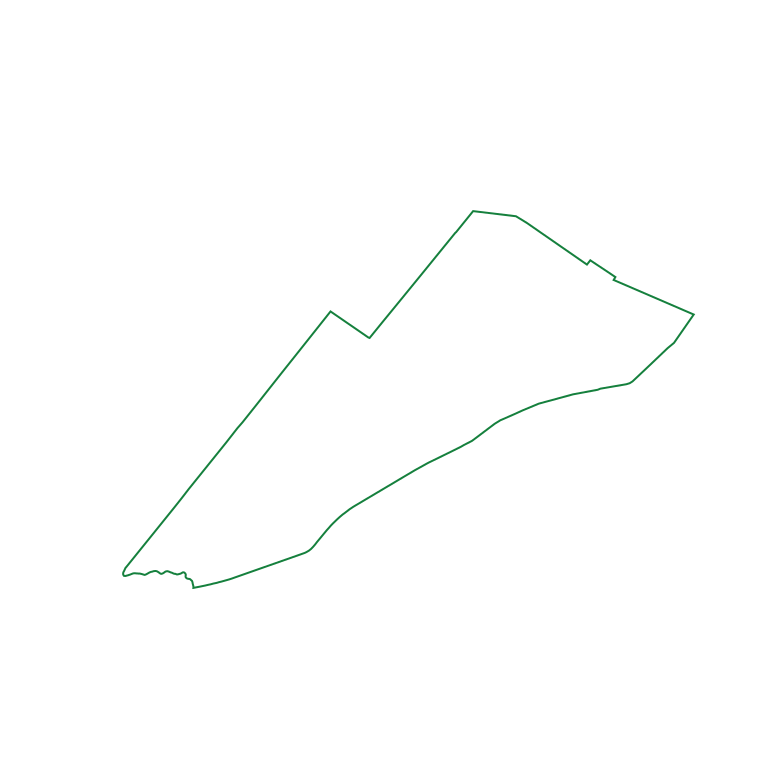 Esteban Echeverría, Buenos Aires, Argentina, rotated 248°
{"feature_id": "61730980B71301112531283", "entity_name": "Esteban Echeverría", "entity_type": "district", "adm_level": 2, "iso_a3": "ARG", "parent_name": "Argentina", "parent_adm1": "Buenos Aires", "projection": "equal_earth", "projection_center": [-58.504, -34.825], "detail": "fine", "context": "isolated", "style": "outline", "palette": "green", "viewbox_px": 768, "rotation_deg": 248, "n_neighbors": 0, "source": "geoboundaries", "source_scale": "gbopen_adm2", "svg_char_len": 2872}
<svg xmlns="http://www.w3.org/2000/svg" viewBox="0 0 768 768"><g transform="rotate(248 384 384)"><path d="M266.4,130.9L265.1,137.3L264.6,140.1L264.1,142.8L263.7,145.5L263.2,148.3L262.9,151.0L262.4,153.7L262.2,155.1L262.1,156.5L261.7,159.2L261.4,161.9L261.1,164.6L260.8,167.4L260.6,170.2L260.5,172.9L257.1,246.7L257.1,247.8L257.2,249.1L257.6,251.9L258.4,254.6L259.6,257.3L261.0,260.0L262.6,262.7L269.9,276.2L271.2,278.9L272.6,281.6L273.8,284.3L274.9,287.0L276.0,289.7L277.2,292.9L277.8,294.7L278.5,296.8L279.0,298.9L280.8,305.3L281.2,307.4L281.6,309.2L282.0,311.7L290.5,367.2L292.5,380.4L294.2,394.2L294.4,396.2L295.5,411.9L297.0,431.9L297.5,435.3L298.2,443.2L298.3,444.2L298.6,445.4L305.6,471.5L306.0,473.7L306.3,475.6L306.5,476.8L306.8,478.3L306.8,479.8L307.2,493.4L307.6,502.7L307.8,520.1L303.6,555.4L298.6,580.0L298.6,582.9L293.0,608.6L292.7,612.1L293.3,615.4L300.7,634.4L311.0,660.4L313.5,668.3L332.4,697.2L394.4,635.9L396.5,638.6L421.4,621.6L418.7,616.9L479.8,576.8L490.1,569.2L510.9,531.4L497.7,507.6L497.5,506.8L488.9,491.2L471.4,459.5L449.3,419.2L441.7,405.3L432.1,387.9L433.0,386.9L471.3,361.6L449.7,323.5L431.9,292.0L412.8,258.5L401.5,238.5L397.9,231.4L389.1,216.2L359.7,163.5L353.9,153.6L348.0,143.2L330.0,110.9L310.8,76.4L310.4,75.5L309.9,75.0L309.2,74.2L308.5,73.5L308.1,73.1L307.6,72.4L307.0,71.8L306.5,71.4L305.9,71.1L305.4,70.9L304.8,70.8L304.2,70.9L303.6,71.0L303.3,71.5L303.0,72.0L302.8,72.7L302.7,73.9L302.5,75.2L302.5,76.1L302.4,76.9L302.4,77.6L302.4,78.6L302.4,79.2L302.4,79.9L302.3,80.8L302.1,81.4L301.8,82.2L301.5,82.8L301.2,83.4L300.9,83.9L300.5,84.9L300.1,85.5L299.8,86.4L299.5,86.9L299.1,87.4L298.7,88.0L298.3,88.5L297.9,89.0L297.5,89.5L297.0,90.1L296.7,90.5L296.6,91.3L296.6,92.0L296.7,92.9L296.8,93.8L296.9,94.5L297.0,95.2L297.1,95.9L297.1,96.5L297.1,97.5L296.9,98.5L296.8,99.2L296.8,99.9L296.7,100.5L296.4,101.6L296.1,102.3L295.8,102.8L295.3,103.4L294.8,103.8L294.4,104.1L294.0,104.4L293.6,104.7L293.1,104.9L292.6,105.2L292.0,105.7L291.6,106.1L291.3,106.8L291.3,107.5L291.3,108.3L291.4,108.9L291.6,109.7L291.8,110.4L291.9,111.0L291.9,111.8L291.7,112.5L291.5,113.2L291.1,113.7L290.7,114.2L290.3,114.6L289.8,115.1L289.4,115.5L289.0,115.9L288.7,116.4L288.3,116.8L287.8,117.2L287.4,117.6L286.9,118.1L286.5,118.6L286.3,119.2L286.0,119.6L285.4,120.2L285.1,120.5L284.8,121.2L284.7,121.7L284.6,122.5L284.5,123.3L284.4,124.2L284.4,124.8L284.5,125.4L284.6,126.1L284.7,126.9L284.5,127.5L284.2,128.0L283.8,128.3L283.1,128.6L282.7,128.8L282.1,128.8L281.6,128.8L281.0,128.6L280.5,128.2L280.0,128.0L279.5,127.8L279.0,127.8L278.4,128.0L277.9,128.2L277.5,128.5L277.0,129.1L276.5,129.8L276.3,130.3L275.9,130.9L275.3,131.3L274.8,131.5L274.2,131.8L273.8,132.0L273.4,132.2L272.9,132.2L272.3,132.2L271.8,132.1L271.1,132.0L270.5,131.8L269.9,131.8L268.9,131.6L268.2,131.6L267.7,131.4L267.0,131.2L266.4,130.9Z" fill="none" stroke="#15803d" stroke-width="2"/></g></svg>